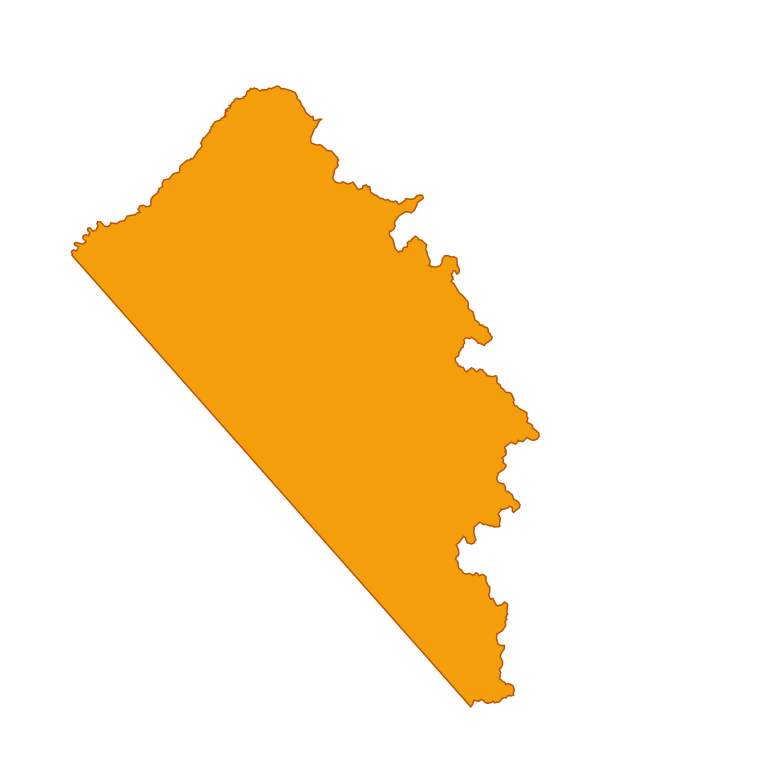 the district of Minas, Neuquén, Argentina, rotated 137°
{"feature_id": "61730980B83273988840504", "entity_name": "Minas", "entity_type": "district", "adm_level": 2, "iso_a3": "ARG", "parent_name": "Argentina", "parent_adm1": "Neuquén", "projection": "robinson", "projection_center": [-70.936, -36.758], "detail": "fine", "context": "isolated", "style": "filled", "palette": "amber", "viewbox_px": 768, "rotation_deg": 137, "n_neighbors": 0, "source": "geoboundaries", "source_scale": "gbopen_adm2", "svg_char_len": 6138}
<svg xmlns="http://www.w3.org/2000/svg" viewBox="0 0 768 768"><g transform="rotate(137 384 384)"><path d="M540.7,88.7L537.7,89.3L534.0,91.4L531.0,87.3L528.6,87.0L527.3,85.6L527.2,82.1L526.0,79.8L522.7,77.9L520.7,77.8L520.5,75.4L516.2,72.8L511.4,73.3L510.0,72.7L508.9,71.2L507.2,71.6L505.1,71.0L504.1,69.3L501.2,68.1L500.2,69.9L498.5,70.5L496.8,72.4L495.5,75.5L497.4,80.3L499.9,81.0L499.1,83.6L500.1,85.7L500.5,89.7L495.6,93.3L494.0,97.1L491.9,96.6L488.4,98.2L486.5,100.3L484.8,105.5L482.4,106.9L476.6,108.4L474.3,110.8L477.4,113.7L477.9,116.1L474.8,121.8L471.7,124.1L465.8,122.9L460.4,124.1L458.8,125.1L457.8,127.6L454.6,128.2L454.3,130.5L452.6,130.6L451.9,131.4L450.7,131.1L449.6,133.5L443.7,138.8L444.6,142.4L448.1,142.2L452.4,144.4L452.5,146.5L450.6,153.1L452.5,153.8L452.6,155.0L451.4,158.1L448.1,160.2L444.9,163.7L445.5,165.0L444.1,168.8L444.4,170.1L441.0,172.9L441.0,175.4L441.7,177.5L445.2,179.0L444.8,181.2L445.5,183.3L449.2,183.0L451.0,187.8L452.6,188.0L453.8,189.4L454.9,191.5L454.3,195.2L454.9,198.1L453.7,200.6L451.4,203.1L451.2,206.7L448.9,208.4L447.1,207.8L445.3,208.6L442.5,212.2L440.7,217.2L436.7,216.9L429.6,218.3L429.3,216.2L431.5,211.1L429.2,207.3L426.1,206.2L425.1,207.1L423.2,207.2L419.6,214.3L415.5,217.8L408.1,217.7L406.9,213.2L405.5,212.1L402.6,207.1L401.2,206.2L401.1,204.5L396.8,200.9L395.8,201.4L395.6,202.5L390.6,206.2L389.2,210.9L386.6,211.8L384.1,211.6L383.6,212.6L382.6,211.3L378.2,209.0L375.3,208.8L374.6,206.0L376.7,203.7L377.0,201.8L369.1,201.3L366.9,202.9L366.4,205.9L366.5,208.2L367.8,211.1L365.7,215.7L366.5,219.3L366.1,220.5L367.9,222.0L367.4,223.8L365.5,225.9L364.6,229.5L367.6,234.0L366.8,236.6L364.8,239.2L361.9,240.0L361.3,241.0L354.0,239.8L350.5,240.8L350.0,242.3L350.6,245.2L348.2,247.2L348.1,249.4L343.5,249.0L341.2,250.7L341.6,251.9L340.1,252.0L339.7,254.3L338.6,255.5L330.8,254.8L328.9,250.3L326.7,250.4L324.5,251.5L324.3,250.3L321.6,247.1L315.8,247.5L314.7,243.1L312.8,240.6L311.2,239.9L309.6,239.3L306.3,239.9L304.2,242.5L305.2,250.8L303.8,252.3L303.8,254.0L305.6,258.7L302.0,260.9L301.9,262.7L299.1,265.6L302.0,274.4L301.9,277.4L303.3,279.3L302.0,282.3L299.7,283.6L297.5,289.8L297.9,292.1L299.7,293.7L300.6,295.5L300.2,298.2L300.9,301.7L299.7,304.0L300.5,307.7L298.7,310.3L297.5,310.6L296.4,313.7L299.6,315.3L303.2,320.2L302.4,321.0L302.8,325.8L302.1,327.0L303.8,329.4L308.1,329.7L308.1,333.5L308.9,336.2L315.3,336.6L315.7,338.9L314.8,341.9L316.1,343.6L316.0,345.0L317.4,346.6L316.2,348.7L316.5,350.4L315.3,353.4L313.9,354.4L310.4,353.8L308.5,354.9L308.0,356.0L304.8,356.5L303.3,357.5L301.0,356.9L299.4,358.6L296.9,359.0L295.7,361.7L293.2,362.2L291.3,360.6L290.4,358.6L288.1,358.6L287.0,353.4L287.3,349.6L286.1,348.6L284.4,343.8L281.7,344.2L275.8,343.2L272.9,344.4L272.9,346.6L272.1,348.1L272.4,350.7L270.4,353.3L270.2,354.8L271.9,357.9L271.6,359.7L273.6,361.7L272.8,364.7L273.7,369.1L269.7,376.1L270.9,380.6L270.3,382.8L267.7,385.0L266.6,387.0L266.2,395.0L266.8,399.5L264.5,409.7L265.1,412.8L263.7,413.7L261.9,413.5L261.8,414.5L260.6,415.2L260.5,417.7L259.8,418.5L258.5,418.3L256.3,419.5L254.6,418.2L255.9,414.8L253.7,414.3L252.2,415.0L250.3,417.4L249.3,421.3L245.0,426.3L246.1,429.2L248.4,431.4L249.5,434.0L252.1,436.4L256.9,435.3L259.0,433.0L262.4,432.3L267.1,434.5L268.1,436.7L269.3,437.3L269.3,439.0L270.5,440.3L269.0,440.5L266.1,442.7L264.7,447.9L262.3,451.8L261.7,454.2L257.9,456.6L258.5,463.8L260.2,465.8L259.7,467.6L260.1,470.7L265.5,470.9L266.7,470.1L268.2,471.3L270.4,471.5L273.3,468.4L276.5,470.3L280.4,468.7L281.3,470.1L283.5,470.4L283.5,475.1L278.8,483.9L278.5,489.2L276.0,491.7L274.4,490.9L270.7,490.7L267.8,492.0L267.4,493.7L265.8,495.3L258.3,496.8L250.8,495.3L248.9,493.5L247.3,490.5L243.0,490.4L235.2,493.8L228.6,493.0L227.3,495.5L227.9,496.8L231.2,499.3L234.9,498.9L237.5,499.9L241.6,504.6L243.8,504.0L250.4,504.9L250.8,506.8L250.1,508.1L250.8,510.0L252.9,510.6L253.4,511.9L254.6,512.8L255.6,516.5L257.8,517.6L258.6,520.5L260.3,522.9L260.8,527.0L261.6,527.8L263.0,533.3L259.9,538.1L260.3,538.9L261.6,539.3L261.1,541.6L264.2,543.3L266.3,541.7L270.2,543.9L269.0,552.8L274.1,554.7L276.2,560.0L279.3,560.6L280.4,561.8L280.6,563.3L281.8,564.2L281.6,567.7L280.4,570.2L277.7,571.4L274.5,574.2L268.5,575.0L268.2,576.3L266.4,578.6L264.4,578.6L264.6,579.4L263.8,581.1L263.5,590.2L266.4,593.4L267.0,601.4L268.6,603.7L269.8,604.0L271.5,607.1L272.7,609.7L272.2,611.5L269.7,614.0L260.9,618.0L257.9,618.1L253.5,620.1L249.2,620.4L251.0,622.0L253.9,623.0L255.5,624.9L253.6,628.3L255.4,629.6L256.0,636.0L254.6,639.4L254.2,643.9L252.4,648.2L252.9,652.1L251.5,653.6L250.2,657.5L252.1,662.2L256.1,668.7L257.7,669.8L257.9,673.4L259.0,674.8L265.2,677.0L266.3,678.8L269.0,679.0L270.6,680.5L271.8,680.6L271.8,682.2L274.6,682.9L275.5,684.3L275.5,686.7L276.9,687.9L276.9,689.0L279.5,689.5L280.0,691.2L282.5,690.5L284.2,691.4L288.7,689.0L291.1,689.9L291.5,689.0L296.3,691.6L295.9,692.2L297.1,693.6L299.6,694.2L300.6,692.9L303.1,693.3L306.0,692.5L307.3,693.3L307.6,693.0L306.8,691.7L308.2,690.8L310.4,692.3L313.2,692.4L313.9,691.6L312.8,690.5L315.3,690.7L316.3,689.1L317.7,688.8L316.9,688.1L317.1,687.5L322.0,689.2L323.0,688.4L328.9,691.1L333.2,690.1L333.5,689.3L335.2,689.9L336.7,688.4L338.6,688.4L339.3,686.9L340.1,687.4L347.3,686.5L348.6,687.2L353.9,685.0L354.3,682.5L355.9,681.7L360.9,681.5L369.6,679.2L370.4,679.3L371.0,680.4L374.3,680.6L374.9,681.8L383.2,682.4L385.1,682.0L388.8,678.8L389.9,678.7L394.7,681.5L400.9,680.5L405.8,683.3L409.0,682.3L411.4,679.5L415.7,680.3L416.4,679.1L418.0,679.0L418.8,678.0L425.8,678.9L427.1,677.9L428.6,678.0L432.0,674.3L434.2,673.8L436.9,675.7L438.0,678.6L440.6,680.6L444.8,679.5L445.3,675.8L447.5,677.3L450.8,677.7L457.4,682.0L462.3,680.4L466.5,683.2L470.0,683.4L473.9,688.2L476.4,687.0L478.7,687.5L480.9,690.2L480.5,695.4L482.7,697.9L484.5,697.1L485.3,694.6L489.7,692.9L492.9,694.6L492.4,698.2L494.0,699.9L496.0,698.7L496.0,695.2L496.7,694.4L497.7,694.9L499.2,694.1L500.4,696.7L502.7,697.5L504.0,696.9L504.9,695.3L504.7,691.7L505.6,691.0L509.2,692.0L512.5,697.4L514.4,698.1L515.6,696.7L514.0,693.6L515.1,691.9L518.5,691.1L519.7,694.0L521.8,694.1L522.9,693.4L523.3,691.2L524.4,691.0L540.7,88.7Z" fill="#f59e0b" stroke="#b45309" stroke-width="1.5"/></g></svg>